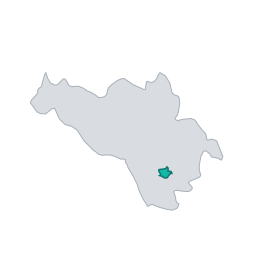 Cerkno highlighted on a map of Slovenia, rotated 233°
{"feature_id": "SVN-1010", "entity_name": "Cerkno", "entity_type": "Municipality", "adm_level": 1, "iso_a3": "SVN", "parent_name": "Slovenia", "parent_adm1": "", "projection": "orthographic", "projection_center": [13.959, 46.128], "detail": "fine", "context": "in_parent", "style": "filled", "palette": "teal", "viewbox_px": 256, "rotation_deg": 233, "n_neighbors": 0, "source": "natural_earth", "source_scale": "10m", "svg_char_len": 2298}
<svg xmlns="http://www.w3.org/2000/svg" viewBox="0 0 256 256"><g transform="rotate(233 128 128)"><path d="M221.6,95.7L216.2,93.8L209.9,93.1L208.7,94.3L206.2,95.5L205.0,97.6L206.2,105.8L204.7,107.3L197.5,106.6L195.1,107.7L191.3,113.5L187.3,116.0L182.3,117.8L178.5,120.0L173.8,121.9L169.7,123.0L168.1,125.6L167.2,128.3L167.5,131.0L171.8,136.2L172.5,141.8L172.2,148.6L171.3,152.3L169.7,154.8L159.5,158.2L148.9,164.0L148.6,165.3L153.6,170.2L153.8,171.4L149.8,174.3L149.5,177.2L150.0,180.5L152.2,183.9L153.0,186.9L147.1,189.2L139.1,188.5L129.6,184.4L126.3,185.1L123.1,187.3L119.8,186.4L116.2,183.8L111.0,178.4L108.5,175.1L107.5,171.5L106.1,171.0L104.0,172.1L102.3,176.4L97.6,184.2L94.1,186.3L88.9,185.9L81.5,186.0L76.9,186.7L71.2,184.0L69.9,184.5L69.9,186.3L67.8,189.1L64.3,191.0L48.3,186.7L46.1,183.3L49.7,181.6L54.7,177.2L58.1,177.7L62.3,176.7L64.1,174.8L61.5,169.1L54.9,162.1L51.3,159.5L46.5,157.7L45.7,155.8L48.4,144.8L47.6,143.2L42.1,143.7L40.8,142.5L40.4,140.6L40.8,138.0L44.5,133.7L48.6,129.9L49.8,127.8L49.6,126.1L44.4,124.4L41.2,122.6L38.7,122.0L36.9,123.0L35.7,121.9L34.4,118.7L35.7,113.9L40.5,109.4L45.6,105.5L50.0,102.6L52.5,101.4L53.8,96.4L56.4,96.9L61.6,97.2L67.4,98.3L72.8,99.7L77.6,101.5L87.6,103.3L96.7,104.3L99.5,105.3L101.7,105.2L104.5,106.7L106.1,105.6L107.3,103.6L112.2,101.1L116.7,98.0L119.9,94.0L121.7,90.9L124.8,88.7L128.1,88.0L131.1,86.9L144.0,85.2L157.2,86.1L163.5,83.8L168.6,79.9L176.1,78.7L176.5,78.7L187.9,81.3L188.7,79.6L189.2,78.8L188.8,70.6L192.3,66.7L195.5,65.0L206.8,65.2L208.4,67.7L209.1,71.6L210.2,76.9L212.2,78.3L213.3,80.3L213.2,84.0L215.5,86.6L220.9,93.8L221.6,95.7Z" fill="#d9dde1" stroke="#a8b0b8" stroke-width="1"/><path d="M76.1,127.8L73.3,132.7L73.1,133.4L73.0,134.4L73.0,134.6L73.5,135.1L73.5,135.7L73.1,135.9L72.8,135.9L72.2,135.9L71.6,135.7L70.6,134.9L69.5,134.0L69.3,133.9L69.2,134.1L69.1,134.4L69.1,134.6L68.6,135.1L68.4,135.4L68.0,135.5L67.8,135.5L67.5,135.3L67.3,135.3L67.2,135.5L67.2,135.8L67.1,136.2L66.5,136.2L66.1,136.1L65.3,135.6L66.1,135.1L66.1,134.9L66.0,134.3L65.9,133.8L65.7,133.0L65.7,132.4L65.6,131.7L65.1,130.7L64.8,129.8L64.8,129.3L65.0,128.7L65.3,128.1L66.0,127.3L67.1,126.7L69.1,126.0L71.0,124.6L70.9,125.4L71.0,125.8L71.3,126.1L71.8,126.3L74.1,126.5L75.7,127.0L76.1,127.8Z" fill="#14b8a6" stroke="#0f766e" stroke-width="1.5"/></g></svg>